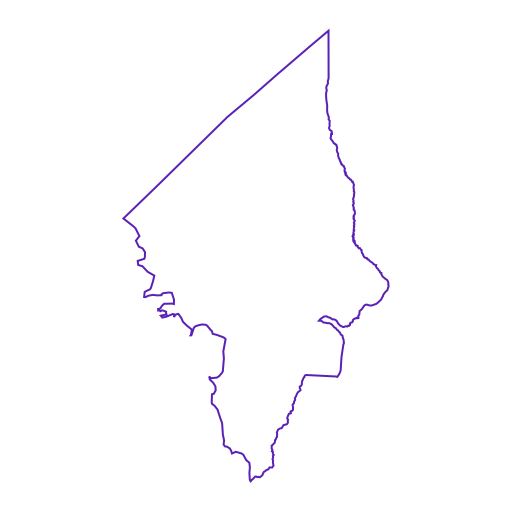 outline of Turkana West, Rift Valley, Kenya
{"feature_id": "3690345B77554234988908", "entity_name": "Turkana West", "entity_type": "district", "adm_level": 2, "iso_a3": "KEN", "parent_name": "Kenya", "parent_adm1": "Rift Valley", "projection": "albers", "projection_center": [34.901, 4.052], "detail": "fine", "context": "isolated", "style": "outline", "palette": "violet", "viewbox_px": 512, "rotation_deg": 0, "n_neighbors": 0, "source": "geoboundaries", "source_scale": "gbopen_adm2", "svg_char_len": 6089}
<svg xmlns="http://www.w3.org/2000/svg" viewBox="0 0 512 512"><path d="M337.3,376.9L339.3,373.9L340.3,371.5L340.7,369.9L341.5,357.0L343.3,344.9L344.0,342.8L343.7,341.8L343.7,340.1L342.8,337.7L342.5,335.7L340.7,334.4L340.0,332.6L339.1,331.9L338.1,330.5L336.8,329.7L336.0,328.3L334.3,327.4L331.9,324.5L329.4,323.2L328.5,323.1L326.8,323.1L325.2,322.6L323.8,322.6L322.9,322.1L321.4,320.8L319.0,320.7L320.3,319.1L323.9,316.6L325.9,316.3L326.7,316.4L327.4,316.7L328.4,317.4L330.0,317.6L331.8,319.0L332.6,319.4L333.8,319.3L335.6,320.0L336.8,321.1L338.2,323.5L339.9,325.4L343.0,327.0L343.8,327.0L345.6,326.3L347.4,326.5L348.3,325.6L348.9,325.9L350.0,325.0L350.1,323.3L350.2,323.1L350.5,322.7L351.9,322.5L352.8,321.5L352.9,321.1L352.8,320.3L353.1,319.8L354.5,318.6L355.8,318.5L356.3,317.9L357.4,318.2L358.4,318.1L358.5,317.5L358.1,316.2L359.3,314.6L359.6,311.1L361.7,309.3L364.2,305.7L364.9,305.1L366.2,304.6L366.8,304.6L368.6,305.2L370.2,305.5L371.4,305.5L373.3,305.0L375.2,304.2L375.9,304.1L377.3,303.1L380.9,299.8L381.4,299.1L382.1,297.5L382.9,296.3L383.3,294.8L385.1,292.3L387.2,290.3L387.7,289.2L387.9,288.1L388.4,287.1L388.6,285.4L388.2,284.3L388.4,283.4L388.0,281.5L387.1,280.0L385.2,278.7L382.6,276.5L381.3,274.1L381.4,273.0L380.7,272.8L380.0,272.3L379.7,271.1L378.7,270.4L378.1,269.1L376.9,268.1L376.5,267.4L375.8,266.0L376.1,265.1L375.2,265.1L374.3,264.4L373.5,264.2L372.8,263.1L369.4,260.7L368.7,259.6L367.4,259.3L367.2,259.0L367.2,258.5L366.8,258.0L366.0,258.0L365.6,257.7L364.9,257.6L364.1,257.0L363.1,255.0L362.9,254.0L362.0,253.0L361.6,251.3L361.6,250.1L360.9,249.7L359.9,248.1L359.2,248.0L358.8,248.2L358.6,248.0L357.5,246.6L357.7,245.9L356.8,245.4L356.0,245.5L355.2,244.0L355.1,243.4L354.7,243.1L354.8,242.5L354.1,242.2L354.1,241.9L354.6,241.7L354.6,240.8L354.3,240.7L354.0,241.4L353.7,241.3L353.7,240.8L353.3,240.7L353.4,240.2L353.2,239.8L353.6,239.3L353.3,238.8L353.7,238.0L353.1,237.7L353.1,236.9L352.5,236.2L352.8,235.8L353.6,235.7L353.9,234.9L353.8,234.5L353.3,234.3L353.7,233.5L353.4,233.1L353.5,232.2L354.2,230.4L353.7,230.3L354.0,227.0L354.3,226.6L353.8,225.8L354.5,224.0L353.8,222.8L354.8,220.7L354.1,219.8L353.9,219.0L353.5,218.7L353.8,218.1L353.6,217.3L353.9,217.2L354.0,216.9L353.6,216.0L354.1,214.9L354.6,214.6L355.0,212.8L354.6,211.1L354.6,210.5L353.8,209.9L353.6,209.3L353.9,208.2L353.7,208.1L353.7,207.6L353.1,205.8L353.3,204.9L353.0,204.7L353.6,203.8L353.8,203.3L353.5,202.1L353.2,201.8L353.6,200.9L353.1,199.3L353.3,198.7L353.3,198.0L353.8,197.1L354.1,195.2L353.9,194.6L354.3,193.5L354.3,192.0L353.8,191.4L353.9,189.4L353.6,188.5L353.6,186.2L353.9,185.7L353.9,184.7L352.8,181.8L352.3,182.0L351.0,179.8L350.5,179.4L350.0,179.4L349.0,178.1L348.1,177.6L346.8,175.9L346.2,175.5L346.4,175.1L345.6,174.8L345.6,174.1L345.3,173.8L345.9,173.2L345.9,172.9L345.2,172.4L345.2,171.7L344.7,171.6L344.5,170.5L344.9,168.5L344.1,167.1L343.8,166.1L343.4,166.1L342.4,164.9L341.7,164.6L341.7,164.0L341.2,163.8L340.8,162.9L340.9,162.3L339.9,160.8L339.6,159.2L338.8,158.3L338.6,157.2L338.1,156.0L338.2,153.7L337.3,152.3L336.7,150.1L337.2,148.3L336.9,146.4L336.4,145.7L336.5,145.0L336.0,144.7L335.5,144.1L334.7,144.0L334.4,143.5L333.7,143.1L333.3,142.2L330.7,138.7L330.6,137.7L331.1,136.2L331.0,134.2L332.0,134.1L332.0,132.9L331.6,132.2L331.7,131.5L331.5,130.9L329.9,130.0L329.0,128.1L329.7,125.5L329.5,124.2L329.7,120.9L328.6,119.2L328.8,117.2L327.4,113.1L327.1,110.1L327.2,105.7L326.3,99.3L326.1,96.2L326.1,92.9L326.8,90.5L326.4,88.9L326.3,87.1L326.7,85.9L328.0,83.5L327.8,81.3L328.6,78.3L328.5,30.7L310.1,46.2L277.2,74.4L254.1,94.7L227.6,116.8L155.7,187.3L123.4,218.5L133.5,226.4L135.5,228.3L139.4,236.1L135.9,240.7L138.8,246.7L142.6,248.4L145.0,252.1L144.9,256.9L144.3,258.8L137.7,260.9L138.2,265.0L142.4,266.2L147.7,271.8L154.3,275.6L153.0,281.3L150.8,288.2L149.9,289.4L145.6,291.4L144.7,292.0L144.1,297.0L145.2,297.2L148.5,295.7L152.7,294.9L157.4,295.4L161.5,295.2L161.7,294.1L163.2,293.2L168.7,292.5L170.1,292.6L171.8,292.9L174.0,299.6L173.9,304.0L172.1,303.6L164.1,303.8L161.8,305.9L160.6,308.1L159.1,308.9L158.1,309.0L158.2,310.5L159.5,310.2L160.3,311.2L162.0,310.4L163.0,310.5L166.1,311.7L166.0,312.4L166.5,314.4L160.8,315.7L162.4,317.6L166.3,316.7L172.8,314.0L174.3,314.4L174.0,316.2L174.5,316.3L175.4,314.6L176.0,314.6L177.1,314.1L178.4,313.9L181.3,318.0L182.9,321.7L186.4,325.2L191.8,329.6L191.1,334.4L190.6,335.3L191.4,335.3L193.9,327.7L195.4,326.3L198.0,325.4L201.8,324.5L205.4,324.7L207.0,325.5L210.8,330.1L211.9,331.1L212.7,333.9L216.6,334.8L223.6,337.4L225.6,339.0L223.3,351.5L223.9,358.4L222.8,371.5L221.6,373.3L219.2,376.1L216.9,377.6L210.9,378.2L209.8,377.0L209.3,377.3L209.9,379.6L213.0,382.5L215.4,386.3L215.7,390.3L214.2,393.0L214.0,393.7L212.0,394.2L211.7,402.3L212.0,403.8L214.6,405.8L217.5,409.5L220.2,417.9L222.1,423.1L222.9,434.8L224.1,440.5L223.6,444.5L224.8,446.3L227.2,446.8L229.9,448.5L231.1,450.7L232.0,453.5L235.8,451.8L241.4,453.4L243.4,454.8L246.2,460.1L249.3,462.7L249.9,467.2L249.4,472.9L249.8,479.8L250.6,481.3L251.1,480.9L252.0,479.6L253.0,478.9L255.1,476.6L256.0,476.5L257.2,477.1L258.2,476.8L259.3,477.3L260.3,477.0L262.6,474.9L262.9,473.6L263.9,471.9L265.4,471.0L266.4,470.0L268.3,469.4L269.4,467.6L269.8,467.4L272.2,467.5L273.5,465.5L272.9,462.7L273.1,460.7L272.5,459.1L273.1,457.6L272.9,455.9L273.6,455.3L273.7,454.9L272.9,453.8L272.9,451.8L271.9,451.3L272.4,449.9L271.6,448.3L271.8,446.6L271.6,445.8L274.5,443.0L274.9,441.9L275.0,440.2L275.8,439.6L276.0,438.3L276.9,437.3L277.2,433.8L276.8,432.7L277.7,430.3L278.3,429.4L280.3,428.4L281.7,428.1L283.5,425.1L286.7,424.3L287.3,423.7L287.8,422.8L288.0,422.2L287.7,421.3L288.1,419.7L287.3,418.6L287.2,418.0L288.0,415.8L288.9,413.8L290.9,413.3L291.0,413.1L290.5,411.8L290.7,411.3L292.3,410.7L292.9,410.0L293.1,407.7L292.6,405.1L292.8,404.4L294.0,403.1L294.0,401.8L295.2,399.8L294.9,398.1L296.1,396.1L296.8,394.1L298.0,392.2L300.5,390.2L300.4,389.4L299.7,387.8L299.7,386.8L299.8,386.5L301.1,385.8L301.5,385.2L301.8,384.5L301.9,382.2L302.2,380.9L302.9,379.7L303.5,377.9L304.4,377.1L304.4,376.4L305.2,375.3L306.1,375.0L336.1,376.5L337.3,376.9Z" fill="none" stroke="#5b21b6" stroke-width="2"/></svg>